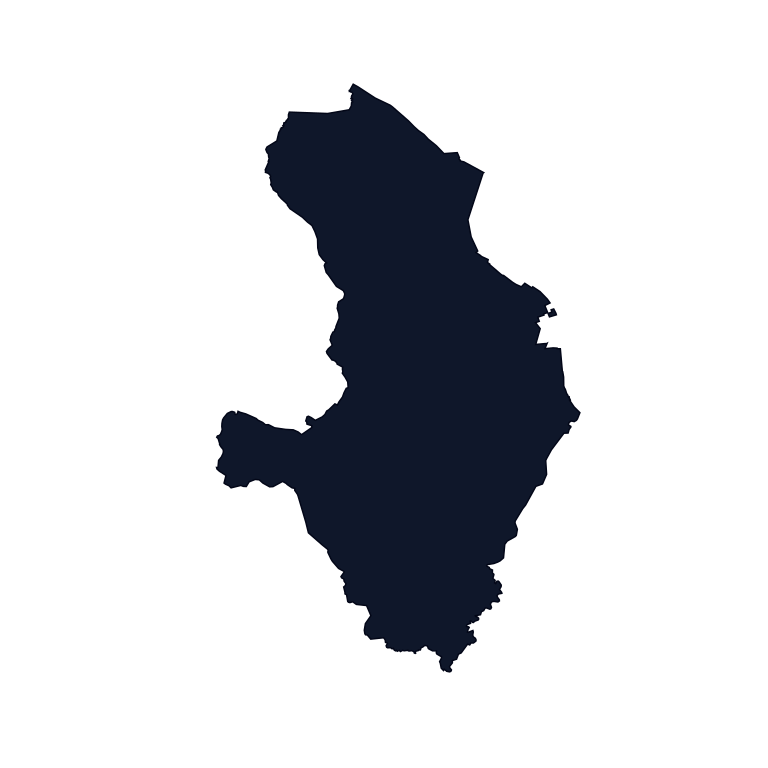 the district of Kalkūnes pag., Daugavpils, Latvia, rotated 341°
{"feature_id": "27541924B79116977656137", "entity_name": "Kalkūnes pag.", "entity_type": "district", "adm_level": 2, "iso_a3": "LVA", "parent_name": "Latvia", "parent_adm1": "Daugavpils", "projection": "orthographic", "projection_center": [26.423, 55.84], "detail": "fine", "context": "isolated", "style": "filled", "palette": "ink", "viewbox_px": 768, "rotation_deg": 341, "n_neighbors": 0, "source": "geoboundaries", "source_scale": "gbopen_adm2", "svg_char_len": 6160}
<svg xmlns="http://www.w3.org/2000/svg" viewBox="0 0 768 768"><g transform="rotate(341 384 384)"><path d="M562.2,408.1L559.1,407.0L559.3,406.4L555.6,404.9L547.7,403.0L551.5,398.6L550.2,398.8L549.8,398.3L540.3,396.0L549.7,382.5L547.2,375.3L551.2,375.3L551.2,370.9L557.7,370.9L557.8,369.7L562.0,369.7L561.6,362.2L567.4,361.4L566.1,357.0L561.6,347.4L556.3,340.5L555.2,341.2L554.7,340.8L549.9,334.6L545.5,336.8L541.2,332.8L538.7,329.7L532.5,320.4L532.1,320.7L530.2,318.3L522.6,305.3L523.0,305.0L521.4,302.8L523.0,300.3L517.2,294.7L517.3,294.2L513.7,289.6L515.9,288.8L514.3,273.3L516.8,256.0L546.3,216.9L547.1,216.6L531.9,200.0L528.8,198.0L529.0,197.2L528.3,196.2L528.2,195.5L529.0,194.6L528.6,189.1L515.7,185.7L511.1,175.8L505.5,166.8L503.0,161.1L499.0,155.5L496.3,150.6L492.8,143.2L482.3,124.9L480.7,122.5L468.8,110.8L456.1,94.5L452.5,90.5L447.5,95.0L446.7,95.1L446.5,96.1L447.3,96.2L447.5,97.0L448.5,97.5L449.0,98.7L449.0,99.7L447.4,100.8L446.7,101.9L446.7,102.4L445.8,103.3L447.1,103.8L447.2,104.4L445.6,105.1L445.7,105.9L446.3,106.4L446.1,107.2L444.9,107.5L443.6,110.5L440.4,113.4L418.8,109.9L383.0,96.1L381.3,98.3L380.2,101.7L379.6,101.8L379.6,102.3L377.6,103.0L376.7,104.3L376.5,104.0L375.8,104.7L374.5,104.4L373.3,106.4L373.4,106.9L372.5,106.9L372.8,107.9L371.1,108.7L370.4,108.2L369.8,109.0L369.0,109.3L369.1,109.8L366.5,111.9L361.8,119.3L350.6,121.8L349.0,123.3L348.6,123.9L348.8,127.2L349.6,128.7L348.8,132.0L349.0,133.1L347.0,135.9L347.4,136.4L341.4,142.9L341.4,144.0L340.8,145.3L342.8,146.8L344.0,148.6L344.4,150.0L344.3,151.1L343.3,151.8L343.5,153.5L342.8,157.2L341.8,158.6L342.5,161.6L342.6,164.4L344.9,167.6L345.7,167.7L345.7,171.4L347.3,175.3L351.1,182.3L350.9,183.4L352.2,187.7L361.1,199.7L364.5,206.2L367.5,210.7L368.3,217.3L368.4,225.2L365.7,233.7L364.9,240.6L366.8,246.6L369.1,250.8L367.5,251.0L366.1,252.6L365.7,259.7L366.9,262.7L370.8,276.2L375.9,282.4L376.3,285.3L375.9,286.8L374.1,289.4L373.0,290.3L367.9,291.5L365.8,294.3L364.6,297.5L364.4,297.4L364.2,302.9L363.1,307.2L357.3,314.0L356.8,315.2L354.7,317.1L354.3,318.3L352.6,318.3L349.3,321.6L348.4,323.5L347.4,324.6L347.7,329.7L347.4,330.7L342.8,332.6L340.2,334.5L340.1,336.5L342.7,344.5L343.7,344.8L345.5,346.7L346.3,348.9L346.2,350.0L350.4,354.5L349.5,356.4L349.1,358.9L348.1,360.2L349.4,364.7L350.4,370.2L348.9,375.8L346.9,375.8L343.4,379.2L340.5,382.8L335.4,386.4L333.1,388.7L331.1,386.8L323.4,390.4L321.0,390.9L318.2,393.6L314.8,395.0L307.2,396.0L304.3,392.1L302.1,389.9L300.6,389.9L298.0,393.5L298.6,394.7L298.1,396.9L302.2,399.9L301.5,401.7L289.8,405.0L289.3,404.7L287.2,401.4L283.3,397.8L276.2,394.9L266.3,389.8L261.6,384.9L258.6,383.9L256.8,380.9L253.0,377.1L251.9,375.0L243.6,367.3L238.6,363.8L237.1,362.3L235.7,364.3L234.2,364.7L233.4,364.3L233.6,362.1L231.6,360.6L230.5,360.3L226.3,360.8L221.3,363.9L219.7,365.4L218.0,368.4L216.8,371.4L216.2,374.4L215.1,376.0L212.9,378.4L211.2,379.0L209.6,378.9L208.5,379.9L209.4,381.6L209.2,386.8L208.8,387.8L209.5,390.7L210.6,393.6L210.1,395.7L209.1,397.4L206.3,400.2L202.8,402.3L200.1,408.3L199.3,408.8L198.5,408.4L198.4,410.0L200.0,412.9L204.5,418.6L204.7,419.2L200.5,425.6L201.5,427.1L204.3,429.7L205.6,432.4L215.6,433.3L217.7,435.0L220.4,436.1L224.6,432.6L231.1,432.3L234.9,434.0L237.2,438.2L242.4,444.0L245.6,444.9L256.4,443.1L259.1,446.1L259.8,447.6L263.3,452.3L265.7,453.6L265.0,455.6L266.3,460.3L266.3,462.1L265.1,489.2L264.1,500.1L273.2,516.0L276.9,521.9L277.0,523.4L276.3,524.3L276.1,525.1L276.9,532.2L277.5,534.9L281.0,543.6L285.1,548.1L285.2,548.8L280.6,552.1L280.8,553.5L282.5,555.3L282.1,557.4L283.0,560.4L281.8,562.0L279.8,562.8L279.3,568.2L278.8,569.8L280.0,571.0L278.9,577.9L279.4,578.8L280.6,579.6L283.5,579.7L286.1,583.4L295.4,587.8L296.2,598.8L288.4,604.5L285.2,610.4L284.6,613.9L284.9,615.1L286.5,615.9L288.4,620.9L301.0,623.8L301.8,626.2L301.3,628.8L302.5,629.7L302.8,630.4L300.8,632.2L300.8,633.8L301.5,634.6L304.3,635.4L305.4,637.0L306.8,637.0L307.1,639.0L308.1,640.1L309.2,639.9L309.5,641.0L311.7,640.8L312.4,642.3L315.0,641.9L316.1,642.8L320.0,643.6L320.1,644.2L321.0,644.7L323.5,645.2L325.2,646.9L325.0,648.1L325.8,648.9L326.2,648.9L326.3,647.8L326.9,647.0L329.7,647.2L329.9,646.7L331.8,647.3L333.2,645.4L335.0,645.3L337.5,644.4L339.8,645.9L339.8,648.5L340.1,649.0L343.0,652.1L346.7,653.4L345.9,655.3L346.1,656.6L349.5,660.5L349.5,661.1L348.3,662.7L346.2,664.6L346.3,666.5L345.6,671.3L346.9,674.1L347.4,673.4L348.1,673.3L348.7,674.7L349.4,675.0L349.7,676.0L352.2,677.5L353.5,677.5L354.3,676.9L354.7,676.2L353.8,673.8L354.0,672.4L357.8,670.0L358.2,669.1L358.2,668.1L358.5,667.8L363.0,667.8L366.4,663.7L369.4,663.4L378.3,657.2L380.1,658.6L381.9,657.2L384.3,658.0L387.2,657.0L387.7,656.0L387.6,654.2L386.2,652.2L386.1,650.4L387.7,647.5L387.8,646.0L382.7,646.2L382.1,645.8L383.5,643.5L385.3,642.0L385.0,641.2L383.0,640.2L383.6,639.0L384.9,638.5L387.9,638.5L388.2,636.4L388.6,636.0L389.4,636.5L389.9,638.0L390.7,638.6L392.9,637.8L396.2,637.8L397.0,637.1L397.2,636.2L396.5,634.8L394.9,633.6L394.9,632.8L400.1,633.6L402.0,631.0L404.5,630.7L406.6,628.8L408.0,629.1L410.8,631.4L411.9,631.3L412.9,630.2L412.9,626.8L414.7,625.0L417.1,625.3L420.8,627.2L422.5,626.7L422.8,625.5L421.9,622.6L421.9,620.9L423.8,619.8L427.3,620.3L427.4,619.4L426.3,615.8L428.7,613.8L429.4,612.3L428.4,608.5L427.8,607.5L426.5,607.3L424.6,609.1L423.7,608.2L425.1,605.8L423.6,603.3L425.8,600.1L425.9,599.6L425.1,598.3L425.1,597.5L426.0,595.2L423.8,593.1L423.8,591.7L421.9,589.8L422.2,589.0L422.9,588.4L429.4,589.5L433.6,589.4L436.3,589.0L440.4,587.3L446.0,574.9L449.4,572.6L458.6,570.9L459.8,570.2L462.8,564.8L462.6,558.0L463.5,556.2L474.6,547.0L478.4,544.6L494.3,530.2L501.3,530.1L508.3,522.4L512.0,509.0L513.4,507.5L520.9,500.7L538.1,489.1L542.1,490.3L544.2,487.3L546.8,485.4L546.8,484.8L545.1,482.9L545.7,481.5L546.9,480.4L549.2,480.0L551.6,481.5L554.1,481.0L555.6,479.9L559.9,474.9L556.3,467.6L554.4,460.6L554.3,460.0L554.9,460.0L554.9,459.1L554.3,459.2L554.9,456.5L554.2,456.5L554.1,454.3L553.6,452.4L553.7,447.8L553.4,447.6L553.3,444.4L556.1,435.9L557.0,430.5L556.8,429.9L562.2,408.1ZM568.9,368.3L566.2,368.2L566.1,370.7L562.1,370.7L562.3,374.4L569.5,374.7L569.6,373.2L568.9,368.3Z" fill="#0f172a" stroke="#020617" stroke-width="1.5"/></g></svg>